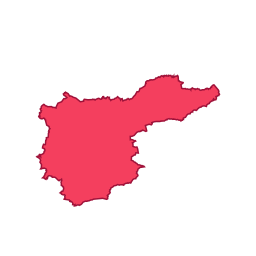 outline of Bangli, Bali, Indonesia, rotated 247°
{"feature_id": "22746128B25936754669599", "entity_name": "Bangli", "entity_type": "district", "adm_level": 2, "iso_a3": "IDN", "parent_name": "Indonesia", "parent_adm1": "Bali", "projection": "mercator", "projection_center": [115.362, -8.333], "detail": "fine", "context": "isolated", "style": "filled", "palette": "rose", "viewbox_px": 256, "rotation_deg": 247, "n_neighbors": 0, "source": "geoboundaries", "source_scale": "gbopen_adm2", "svg_char_len": 5861}
<svg xmlns="http://www.w3.org/2000/svg" viewBox="0 0 256 256"><g transform="rotate(247 128 128)"><path d="M80.2,118.5L81.6,118.7L83.0,118.1L83.6,118.8L84.3,118.8L84.8,120.1L86.2,121.0L87.0,123.7L85.9,127.9L86.8,127.6L87.3,126.7L88.0,126.2L88.2,125.4L89.4,124.4L90.3,122.7L91.9,122.3L92.9,121.4L93.6,121.3L94.1,120.5L95.8,119.8L97.0,118.4L100.3,120.1L100.2,121.1L100.7,123.1L100.4,124.2L102.1,125.6L100.9,127.7L105.0,128.7L107.0,128.8L107.4,127.3L109.1,125.4L110.8,126.1L112.7,126.3L112.4,127.4L113.2,128.5L113.0,129.9L113.5,129.8L113.9,128.8L115.4,127.6L116.3,126.2L116.3,125.6L119.4,126.8L118.8,128.4L118.8,130.8L120.6,134.5L120.6,136.8L120.2,137.1L120.0,137.9L120.4,139.1L120.0,139.3L120.3,140.8L117.9,143.1L118.0,144.1L123.5,145.0L123.2,148.9L121.8,150.8L122.5,152.0L123.7,152.0L123.5,154.6L122.9,156.7L121.6,159.7L121.4,160.7L121.6,161.2L121.0,161.9L121.0,162.6L120.3,164.0L120.8,166.8L120.3,167.0L120.7,167.7L120.6,169.5L119.8,170.0L119.5,171.5L118.7,172.2L118.7,173.1L118.3,173.2L117.8,174.5L116.6,175.9L116.5,176.9L115.3,177.9L114.7,179.4L113.8,179.5L114.2,180.6L113.9,181.1L114.5,181.8L114.2,182.4L115.5,182.9L115.4,185.1L117.1,187.6L117.4,188.9L116.8,190.8L117.6,191.5L117.9,193.7L117.7,193.8L118.3,194.1L118.7,195.6L118.3,196.9L117.5,197.5L117.7,198.6L118.3,199.5L119.0,201.7L118.7,203.7L119.0,204.0L119.0,205.5L118.6,206.8L117.2,208.6L118.4,209.5L118.8,210.4L118.8,212.5L119.5,212.9L120.2,215.8L119.9,216.4L120.0,217.4L121.0,217.5L121.4,218.2L120.0,218.6L119.7,220.0L121.1,221.2L122.6,221.3L122.4,222.5L122.7,223.1L122.4,224.3L123.1,224.7L123.3,225.4L125.3,225.2L126.3,226.0L127.6,226.0L134.1,224.0L134.3,223.3L134.0,222.0L133.5,221.2L132.8,220.8L133.2,220.1L132.1,219.1L132.7,217.6L132.3,217.2L133.4,216.7L133.7,216.0L133.3,215.6L133.8,215.1L133.4,213.2L134.2,211.2L134.2,209.8L135.1,208.8L135.9,208.8L136.6,207.6L137.1,207.5L137.1,205.0L137.9,205.0L138.0,204.4L139.1,203.3L139.2,202.6L139.7,202.7L139.5,201.3L138.5,200.7L139.0,200.6L139.8,199.5L140.1,198.5L140.7,198.1L141.1,196.6L141.8,196.4L142.9,193.6L143.5,193.0L147.3,193.7L147.8,196.1L148.3,196.5L150.5,193.7L151.2,193.7L151.7,192.9L155.3,194.1L156.3,194.3L157.0,194.0L156.5,193.2L157.1,192.5L156.8,190.9L157.1,190.8L157.0,190.1L157.9,190.4L157.1,189.5L157.6,189.4L157.4,188.6L158.5,188.9L158.4,188.1L159.7,187.9L159.9,186.8L160.6,186.1L160.0,185.5L160.8,184.2L161.4,184.2L161.4,183.7L161.1,183.5L161.5,183.1L161.5,182.6L162.2,182.0L162.2,181.6L161.6,181.5L161.2,180.9L161.9,180.7L162.2,179.9L162.9,179.7L162.8,177.6L162.1,177.2L162.7,176.1L163.1,176.0L162.7,174.3L163.1,173.1L162.6,172.8L162.3,171.4L162.8,168.9L163.5,168.0L163.3,167.4L163.7,166.7L163.4,166.1L163.5,165.1L164.0,164.1L163.4,162.4L162.5,161.8L161.9,161.9L161.8,161.4L160.1,160.0L159.4,155.8L159.7,154.5L157.4,152.4L157.3,151.7L157.9,150.5L155.5,147.4L154.7,145.2L154.1,144.6L153.4,142.7L153.9,141.5L153.5,140.5L155.1,139.6L154.8,139.1L155.0,137.8L154.5,137.0L155.0,136.2L154.9,133.9L157.3,134.1L157.4,133.1L156.6,132.1L158.5,132.1L159.3,131.3L160.9,130.7L160.2,129.0L160.4,127.6L159.9,126.6L160.5,124.1L160.1,122.9L161.3,122.8L162.3,122.1L163.5,122.8L163.7,122.1L164.7,121.2L164.2,120.3L164.3,119.6L163.9,119.8L163.6,119.5L163.9,118.6L164.9,117.7L165.6,117.8L165.6,117.5L166.5,117.7L166.7,117.0L165.5,116.1L165.8,115.5L164.9,114.9L165.2,114.5L165.2,113.8L166.2,113.3L166.9,112.3L166.9,109.5L166.6,108.6L167.6,108.1L167.6,107.5L168.3,106.9L168.1,106.3L169.6,102.2L171.5,99.0L170.7,97.8L170.0,97.6L170.8,94.4L175.9,91.7L177.8,89.5L178.9,88.8L180.1,87.4L180.1,86.8L183.0,86.3L185.3,84.5L184.8,84.1L185.2,83.5L184.9,83.4L184.6,81.8L183.2,81.8L181.6,82.9L179.8,83.6L179.5,81.8L180.1,80.4L178.1,77.2L178.2,73.2L175.3,69.9L174.6,69.6L176.0,67.8L176.3,66.7L177.5,66.1L179.1,62.2L179.9,61.8L180.8,60.6L182.3,60.1L182.7,59.6L181.9,57.0L181.3,56.3L180.2,55.9L179.8,54.6L178.2,54.7L177.7,55.0L177.6,54.6L176.5,54.0L176.7,52.6L176.1,52.3L175.7,52.6L175.5,52.1L173.9,51.5L173.5,51.6L173.8,50.5L173.3,50.2L171.9,50.9L171.4,50.8L170.3,51.8L170.3,52.4L169.8,53.1L170.1,54.0L169.4,54.9L168.0,54.8L167.4,55.3L166.8,54.9L162.4,54.3L160.2,55.9L158.4,55.5L157.9,55.9L156.7,54.1L155.6,54.0L155.5,53.4L154.7,53.5L154.3,52.7L151.3,51.3L150.6,50.6L151.0,49.1L149.1,48.3L148.9,47.5L145.2,45.6L145.0,45.1L146.0,43.9L144.1,42.1L143.0,41.5L141.7,43.0L141.2,42.7L140.5,43.0L139.4,42.5L139.3,41.7L138.0,40.9L137.5,39.9L137.3,37.4L138.2,36.5L138.2,36.0L137.8,35.6L136.1,36.4L135.6,36.3L136.6,35.7L137.0,34.8L137.4,33.4L137.2,32.8L134.3,34.9L132.2,34.9L131.0,33.6L128.3,34.1L127.7,33.9L125.3,32.7L124.5,31.6L124.1,32.6L124.3,33.9L123.8,34.5L123.9,35.1L122.5,36.5L121.0,36.6L120.9,35.9L119.9,36.0L119.3,35.7L118.6,34.0L117.7,33.5L116.0,31.4L115.5,30.0L114.8,31.3L114.2,31.3L112.8,32.4L113.3,32.9L112.8,33.8L113.3,34.3L114.0,34.1L114.0,34.8L114.7,35.2L115.0,36.3L114.8,37.1L113.4,39.0L113.0,38.7L112.1,39.3L111.7,40.7L110.9,41.8L106.9,43.5L106.4,44.0L106.8,44.8L106.5,45.9L106.8,46.8L105.5,46.5L104.3,45.2L102.3,44.8L101.6,44.2L101.1,44.2L100.1,45.1L99.4,45.0L98.9,45.5L97.1,45.0L95.2,43.2L95.7,42.0L95.0,41.1L94.8,40.2L93.8,41.1L93.4,40.9L92.8,41.2L91.7,42.3L91.5,43.4L90.5,43.8L89.8,43.1L88.0,42.6L87.9,41.9L87.4,41.4L84.7,45.8L83.2,45.7L82.6,46.4L83.0,46.7L81.5,47.6L80.0,47.8L79.1,47.1L78.3,48.2L78.2,49.2L77.2,48.3L76.8,50.0L77.0,51.2L76.6,52.3L75.9,52.9L76.1,53.3L75.8,54.2L76.2,55.7L77.3,57.7L77.3,59.1L77.3,60.2L76.6,61.5L76.6,62.7L76.2,63.5L76.3,65.8L75.8,66.9L76.0,68.3L73.2,77.2L70.7,80.5L70.8,81.6L71.2,81.9L72.0,82.0L72.9,82.9L73.1,82.6L74.0,82.6L74.9,85.5L75.6,86.4L76.9,86.2L77.1,86.8L78.2,87.0L78.2,87.8L78.7,88.3L79.4,88.6L79.8,91.4L80.3,92.5L79.8,94.5L80.0,96.3L78.8,97.7L78.9,98.2L77.8,101.2L77.2,101.3L77.1,101.9L77.8,102.4L77.9,104.7L77.5,105.4L77.6,106.4L77.1,106.6L77.0,108.3L76.4,108.7L76.4,109.4L77.5,110.2L77.7,111.0L78.6,112.2L78.9,113.6L78.3,115.4L79.1,115.9L80.2,118.5Z" fill="#f43f5e" stroke="#9f1239" stroke-width="1.5"/></g></svg>